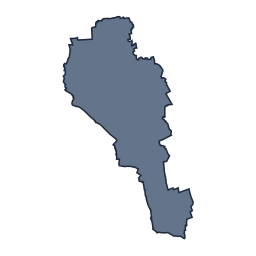 Sam Phran, Nakhon Pathom, Thailand (orthographic projection), rotated 269°
{"feature_id": "78962969B70843901453071", "entity_name": "Sam Phran", "entity_type": "district", "adm_level": 2, "iso_a3": "THA", "parent_name": "Thailand", "parent_adm1": "Nakhon Pathom", "projection": "orthographic", "projection_center": [100.203, 13.726], "detail": "fine", "context": "isolated", "style": "filled", "palette": "slate", "viewbox_px": 256, "rotation_deg": 269, "n_neighbors": 0, "source": "geoboundaries", "source_scale": "gbopen_adm2", "svg_char_len": 5837}
<svg xmlns="http://www.w3.org/2000/svg" viewBox="0 0 256 256"><g transform="rotate(269 128 128)"><path d="M104.5,166.4L106.5,165.6L106.9,165.1L107.4,164.1L108.1,164.1L108.5,164.6L108.8,164.6L109.5,162.9L109.8,162.5L109.7,161.9L109.9,161.3L109.8,160.9L110.0,160.4L110.4,160.3L110.4,159.8L111.2,159.5L111.6,159.2L112.4,159.3L113.0,159.0L113.4,159.3L113.9,159.2L114.3,158.9L114.5,159.0L114.6,159.4L114.9,159.8L115.3,160.9L115.4,161.7L115.5,162.0L120.1,171.3L121.0,170.6L123.2,171.2L124.3,171.2L125.6,169.9L125.9,169.4L128.9,168.4L130.7,168.1L131.5,167.8L132.0,167.4L133.6,165.7L134.0,165.9L134.3,165.1L134.5,165.2L134.9,164.5L135.6,164.5L136.4,162.9L136.8,162.4L138.5,163.2L138.4,163.6L138.9,163.5L139.0,163.8L138.9,163.9L138.1,164.1L138.0,164.4L138.5,165.2L138.9,165.0L148.4,165.2L149.0,166.3L149.5,166.2L149.9,167.0L149.5,167.3L150.2,168.4L150.6,168.6L150.4,169.0L150.6,169.4L150.5,169.6L150.8,172.4L161.7,166.5L164.1,170.8L170.8,167.3L172.9,167.3L173.5,166.0L173.8,165.8L174.2,165.8L176.1,166.7L177.1,165.5L177.5,164.8L177.6,163.9L177.6,163.3L177.3,162.5L178.8,161.9L179.8,162.3L180.4,162.6L181.3,162.7L182.5,163.2L182.9,163.2L183.5,163.7L183.8,163.8L184.5,163.8L185.9,163.6L186.2,163.2L187.1,162.8L189.1,161.5L189.9,160.7L190.2,160.1L190.5,159.9L190.9,159.6L191.4,158.1L191.7,157.7L191.6,157.4L191.8,157.2L191.9,156.2L191.8,155.8L192.4,155.7L192.9,155.8L194.0,155.6L195.3,155.7L197.2,155.0L198.8,154.6L198.1,152.2L197.1,152.0L196.3,152.0L196.4,151.2L196.2,149.5L196.3,148.5L197.5,148.7L197.8,146.5L196.7,146.4L197.0,143.4L198.2,143.2L198.5,143.0L198.4,141.9L198.0,141.2L197.7,140.1L196.1,140.0L196.2,138.2L196.9,138.2L197.4,137.5L200.1,137.5L200.4,137.4L200.6,136.0L201.4,135.1L203.0,134.4L203.1,134.5L203.6,134.3L203.7,134.5L203.9,134.4L205.0,135.9L206.6,135.1L206.9,135.1L207.8,136.9L207.8,138.1L210.0,137.6L211.9,137.5L212.6,137.2L212.2,136.3L211.2,134.9L210.9,135.0L210.0,133.4L210.0,133.2L210.6,133.1L212.7,133.5L213.6,133.7L214.3,133.6L214.6,133.3L215.2,133.4L214.8,132.7L214.6,132.0L214.6,130.0L214.7,129.9L215.3,129.6L216.4,129.3L216.5,129.3L216.6,129.6L216.7,131.8L217.5,131.7L217.6,131.9L217.8,131.9L219.1,131.6L219.3,131.7L219.7,131.7L221.9,130.7L222.3,133.2L224.5,133.0L225.8,132.5L226.1,133.4L227.3,133.2L227.6,134.4L228.7,134.2L228.9,135.4L231.3,135.0L231.2,134.5L231.8,134.3L232.1,134.0L233.1,133.8L233.8,133.5L233.7,132.2L234.2,132.2L238.1,130.8L237.9,128.3L237.4,126.3L238.1,126.0L238.0,125.5L238.9,125.2L238.1,123.6L237.7,122.1L239.5,121.7L239.4,120.5L239.5,119.9L239.4,119.1L239.0,119.0L238.6,116.7L238.4,116.6L238.1,115.4L238.4,115.2L238.0,113.5L237.5,110.8L237.5,110.3L237.9,110.2L237.8,105.7L237.4,105.5L237.1,104.1L235.7,103.9L235.9,100.4L234.8,100.1L234.8,99.9L235.6,99.9L235.6,99.5L235.0,99.6L234.8,98.8L234.4,98.8L234.4,98.3L233.6,98.1L233.7,97.7L232.2,97.6L229.7,97.4L229.3,94.7L228.9,94.1L228.7,93.6L228.4,93.4L217.7,93.8L217.4,93.6L216.8,79.4L217.1,79.2L219.3,79.1L218.6,77.0L218.5,72.0L215.7,72.9L214.2,73.8L214.0,73.5L212.1,74.1L212.3,70.4L209.3,71.2L207.6,71.5L207.2,71.7L207.0,71.4L204.5,71.3L200.2,70.5L199.0,69.9L198.7,69.4L196.3,68.7L195.2,68.3L193.8,67.7L193.1,67.2L193.6,65.7L192.4,65.2L192.4,64.9L191.0,64.7L190.8,65.5L190.7,65.5L190.4,65.2L190.2,65.4L189.8,65.3L189.3,65.4L189.0,66.1L186.6,65.2L186.3,66.4L186.0,66.4L184.5,66.3L184.2,66.2L182.8,66.2L181.5,64.9L181.0,64.2L179.2,65.2L175.4,64.2L175.2,64.2L173.5,65.5L172.6,66.4L171.8,65.7L171.5,65.9L170.8,65.8L170.1,66.0L169.9,65.9L169.0,67.2L168.8,67.0L168.9,66.7L168.0,66.6L167.4,65.6L166.7,66.1L166.1,66.6L166.1,67.3L165.5,67.7L163.5,71.3L162.0,73.0L161.4,72.8L160.6,74.1L159.3,73.6L158.6,74.4L156.0,73.0L155.0,72.6L154.4,72.5L153.3,72.4L152.4,72.6L151.7,73.3L151.3,74.2L150.8,75.8L150.3,76.8L150.4,77.6L150.4,78.1L149.6,79.8L149.2,80.5L146.2,84.3L140.5,90.0L135.7,95.2L135.1,95.1L134.9,95.6L134.0,95.9L133.5,97.5L132.3,99.8L131.7,100.5L130.8,101.6L128.9,103.3L124.8,107.3L124.1,108.2L122.4,109.5L117.2,115.8L116.2,116.3L115.9,116.5L115.5,116.5L114.3,115.6L111.6,112.9L111.3,113.0L111.4,113.7L110.7,113.8L110.6,114.4L107.8,114.5L107.8,115.1L105.6,115.4L105.7,115.7L102.8,116.0L102.7,115.6L101.3,115.5L101.1,116.2L100.2,116.3L97.0,116.0L97.0,118.9L93.0,118.3L91.8,118.3L90.5,118.6L90.1,120.7L90.1,121.5L89.9,121.7L89.5,124.0L89.8,127.7L89.7,127.9L89.5,128.2L89.6,129.0L89.8,129.5L89.6,130.2L89.3,130.8L89.2,131.5L89.0,132.3L88.7,132.7L88.9,133.2L88.9,134.1L88.4,134.6L87.7,135.9L87.1,137.6L85.9,137.0L84.0,136.6L83.1,136.1L82.8,136.7L80.4,140.1L78.3,138.1L77.5,137.7L77.3,137.9L76.9,138.0L74.6,138.3L74.2,140.7L74.2,141.3L73.4,141.2L73.5,142.4L72.2,142.4L67.7,143.1L66.0,143.2L66.0,143.7L60.8,144.1L59.3,144.5L59.3,144.9L56.0,145.2L55.9,145.4L54.5,145.6L54.4,145.8L52.8,146.1L52.6,146.3L51.4,146.4L51.3,146.5L46.3,148.6L46.3,149.1L46.2,149.2L43.1,149.4L39.3,150.0L38.5,150.0L38.3,149.1L36.5,149.3L36.3,149.3L36.3,150.1L35.1,150.0L32.3,150.7L31.2,150.7L30.7,151.0L30.1,151.0L29.1,151.1L27.0,151.1L26.6,151.6L26.2,151.3L24.2,154.0L22.6,155.3L23.0,155.8L23.2,157.6L22.9,158.6L22.6,160.7L22.7,161.7L22.4,163.1L22.7,163.9L22.7,165.4L22.4,166.5L22.4,166.9L22.3,167.2L21.4,168.0L20.6,169.7L19.8,171.0L19.1,171.8L19.2,174.3L18.7,176.0L19.0,177.5L18.9,178.0L18.6,179.0L16.6,182.0L16.5,182.7L17.9,183.0L19.0,183.0L19.0,182.9L20.1,182.9L21.3,182.4L22.0,182.6L22.1,182.3L24.6,182.7L24.7,183.7L29.0,183.6L28.9,184.2L29.8,184.1L29.8,185.0L32.4,184.8L33.9,185.2L35.6,185.2L36.0,185.8L36.6,187.6L37.6,190.6L43.0,188.7L44.2,190.9L48.2,189.5L49.3,190.3L49.8,191.0L50.3,191.4L52.8,191.8L57.8,189.9L62.0,188.7L66.0,188.0L63.5,180.7L62.5,177.7L65.7,177.4L67.3,177.1L66.1,174.1L65.6,172.5L67.2,172.1L66.7,170.2L65.3,167.1L68.0,166.3L71.6,165.5L71.8,165.3L74.2,165.0L74.4,165.2L78.4,164.6L81.6,163.9L84.0,163.6L93.6,162.9L93.9,165.9L95.5,166.9L99.6,169.1L101.5,167.4L102.5,167.1L103.1,166.7L104.5,166.4Z" fill="#64748b" stroke="#1e293b" stroke-width="1.5"/></g></svg>